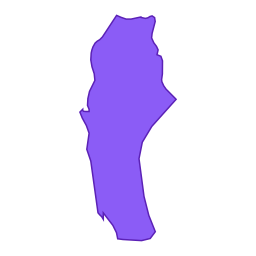 an SVG outline of La Union
{"feature_id": "PHL-2561", "entity_name": "La Union", "entity_type": "Province", "adm_level": 1, "iso_a3": "PHL", "parent_name": "Philippines", "parent_adm1": "", "projection": "albers", "projection_center": [120.415, 16.561], "detail": "fine", "context": "isolated", "style": "filled", "palette": "violet", "viewbox_px": 256, "rotation_deg": 0, "n_neighbors": 0, "source": "natural_earth", "source_scale": "10m", "svg_char_len": 906}
<svg xmlns="http://www.w3.org/2000/svg" viewBox="0 0 256 256"><path d="M117.7,238.8L116.5,232.7L112.9,225.4L103.3,212.9L103.3,219.3L101.7,216.7L99.7,214.8L98.0,212.8L90.8,161.1L86.8,149.3L89.1,133.2L86.4,125.6L82.3,118.1L79.9,112.1L82.7,109.3L82.7,110.5L83.6,111.3L85.7,111.5L89.1,111.5L89.1,109.3L87.5,105.4L87.9,98.5L89.5,91.4L94.9,80.4L94.2,73.7L92.0,66.8L90.8,59.9L91.2,53.0L91.9,50.0L93.0,46.8L95.1,43.1L97.2,41.2L99.7,39.7L102.4,37.0L116.6,15.4L121.0,17.3L126.2,19.1L131.0,19.1L140.8,17.0L140.8,17.4L145.4,18.4L147.9,17.8L150.0,16.5L152.1,15.9L154.6,17.6L155.2,21.5L152.1,33.4L151.6,37.9L153.8,42.8L156.5,46.4L158.1,49.9L157.0,54.7L160.9,56.3L162.5,60.8L162.4,73.9L161.6,79.6L161.9,81.8L163.7,85.8L166.0,89.1L176.1,99.3L151.8,126.4L142.3,142.2L139.0,158.7L144.0,196.4L148.8,215.4L155.3,231.7L150.2,238.5L141.6,240.6L122.9,239.5L117.7,238.8Z" fill="#8b5cf6" stroke="#5b21b6" stroke-width="1.5"/></svg>